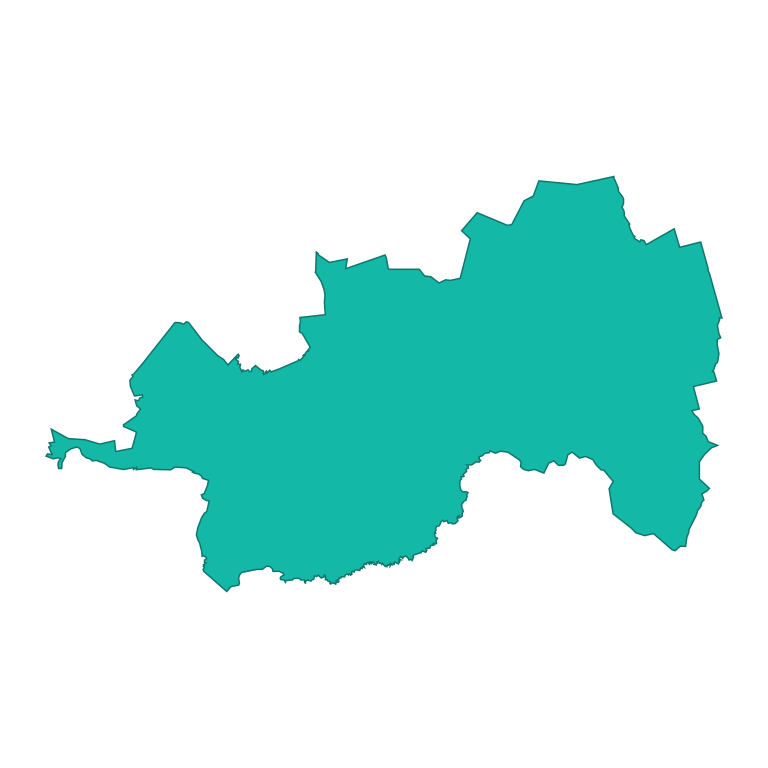 the district of Gudenieku pag., Kuldigas, Latvia
{"feature_id": "27541924B44633167106619", "entity_name": "Gudenieku pag.", "entity_type": "district", "adm_level": 2, "iso_a3": "LVA", "parent_name": "Latvia", "parent_adm1": "Kuldigas", "projection": "albers", "projection_center": [21.583, 56.889], "detail": "fine", "context": "isolated", "style": "filled", "palette": "teal", "viewbox_px": 768, "rotation_deg": 0, "n_neighbors": 0, "source": "geoboundaries", "source_scale": "gbopen_adm2", "svg_char_len": 6103}
<svg xmlns="http://www.w3.org/2000/svg" viewBox="0 0 768 768"><path d="M708.2,268.9L700.7,242.0L679.7,247.3L674.2,228.8L646.2,244.7L644.0,240.6L640.9,239.8L639.8,241.8L634.7,238.6L634.3,237.7L634.9,236.4L633.2,235.4L629.9,228.3L629.0,224.8L629.7,224.1L624.2,215.9L624.4,213.2L623.6,209.9L621.9,207.5L623.5,203.7L623.6,199.5L622.8,197.1L618.7,191.8L618.1,187.6L613.9,177.9L613.9,176.5L577.0,184.6L538.9,180.9L533.3,196.0L524.1,200.8L511.7,224.7L507.2,225.3L477.2,212.7L461.6,230.7L470.3,238.9L460.2,278.3L450.3,280.4L445.6,279.8L439.1,283.0L430.8,276.7L424.6,276.0L419.3,269.3L389.3,269.3L388.2,268.4L386.4,258.1L385.1,255.0L345.7,268.7L347.3,258.9L329.4,262.4L318.3,254.9L318.4,253.7L316.3,252.1L315.7,272.0L315.3,272.2L321.3,281.7L324.2,290.1L325.0,295.4L324.4,302.3L325.3,314.7L299.9,317.5L300.4,321.8L299.5,325.8L299.5,331.9L302.3,333.4L310.2,347.3L307.8,350.2L308.5,350.8L306.3,351.9L305.1,353.8L305.3,354.7L303.8,354.8L304.1,355.8L303.2,355.9L303.6,356.5L300.1,360.4L298.7,359.5L298.0,360.8L279.6,368.8L271.2,371.9L269.8,370.3L267.2,373.0L266.7,372.7L267.3,372.0L266.4,371.0L265.6,372.1L265.8,373.4L263.5,374.5L262.9,373.5L263.9,372.3L262.9,370.5L261.4,370.4L255.5,365.6L251.6,369.0L251.6,370.8L250.9,371.4L249.7,371.7L248.1,369.8L244.7,371.4L243.0,369.9L241.9,371.7L239.8,367.4L240.5,364.3L237.7,364.2L238.5,361.5L235.8,359.1L236.3,357.9L238.3,357.9L239.1,355.5L238.1,354.3L227.9,364.9L223.5,359.4L217.8,355.8L202.0,340.0L188.6,322.5L186.3,321.8L183.5,324.4L180.4,322.8L175.0,322.5L142.8,363.3L133.7,374.1L132.0,374.9L132.9,376.6L129.9,380.3L130.4,386.4L134.5,396.0L142.3,394.8L142.8,396.9L139.9,397.9L138.4,400.9L135.1,399.9L136.7,405.8L140.5,409.0L137.1,413.6L136.4,415.8L123.4,424.9L123.7,426.5L136.1,431.9L136.3,433.0L132.1,448.3L115.7,451.5L114.5,440.7L99.9,444.1L85.0,439.7L68.2,438.6L51.3,429.2L54.5,442.0L49.1,442.9L51.0,445.9L48.7,447.1L52.1,454.6L47.5,453.9L46.1,456.1L53.3,458.8L57.6,457.8L60.9,458.6L58.6,461.5L57.9,464.1L58.6,468.5L61.7,468.5L62.1,462.6L65.5,456.2L65.5,452.6L71.2,448.7L77.0,447.0L80.0,448.6L82.0,454.3L86.3,457.8L90.2,458.9L92.4,460.9L96.3,460.4L104.4,463.3L109.6,467.0L123.7,469.5L133.3,467.6L133.5,469.4L136.7,467.4L136.3,469.7L151.3,467.9L153.5,469.4L170.6,469.8L175.2,467.0L186.4,467.9L193.7,471.6L192.6,472.1L194.6,473.2L198.6,474.0L201.3,475.9L202.5,478.4L208.5,480.3L207.5,485.4L204.2,493.6L201.3,494.8L202.6,498.2L206.3,500.5L209.2,500.8L206.8,511.5L204.3,513.3L201.4,518.2L197.6,528.4L196.4,534.9L197.7,539.3L199.6,542.9L201.7,551.4L202.1,556.2L203.6,555.8L206.1,557.3L206.6,558.7L204.5,560.1L204.5,562.4L206.0,562.9L203.5,564.8L204.3,565.6L203.4,566.3L204.4,567.2L203.1,569.5L203.8,571.4L226.8,591.5L230.7,586.7L238.7,585.1L239.4,583.5L238.6,577.8L239.8,574.6L241.8,572.4L256.9,569.4L262.3,569.4L266.5,566.2L269.7,566.5L272.4,568.7L273.0,571.4L279.3,571.3L283.5,573.5L284.0,574.8L280.8,576.9L280.2,578.6L280.8,579.6L284.2,580.0L285.4,582.2L286.1,580.6L292.5,579.9L294.1,578.4L299.3,578.4L300.8,580.0L304.5,579.8L304.6,582.5L305.4,583.0L305.5,581.4L307.4,580.1L311.1,581.0L312.3,579.5L313.7,579.4L314.6,575.7L316.5,576.6L318.2,575.2L321.2,578.0L324.2,576.8L324.0,575.5L324.9,574.9L325.6,576.7L325.4,579.7L327.2,579.7L327.6,580.9L330.3,581.9L329.9,583.4L330.6,584.0L332.7,582.8L335.8,584.1L336.0,583.5L335.2,582.9L335.8,582.2L338.4,582.2L338.8,581.1L336.6,580.4L339.1,579.1L339.0,578.1L341.0,577.9L340.9,576.7L344.6,576.9L345.3,575.0L346.5,574.3L348.2,574.1L348.5,575.0L349.9,573.9L350.6,575.1L352.0,574.2L351.4,572.9L352.1,571.4L354.1,572.1L354.4,570.7L356.0,569.8L359.7,570.5L360.7,568.1L362.3,568.4L362.2,566.5L364.3,567.4L363.6,566.0L364.3,563.8L366.1,564.4L366.7,563.9L366.5,562.9L368.2,562.6L369.5,564.4L370.3,563.3L369.6,561.9L371.6,561.7L371.3,563.2L371.7,563.7L372.7,562.2L373.8,562.2L374.2,563.3L373.8,564.3L376.3,564.9L376.2,563.8L377.2,563.4L377.0,562.0L378.3,561.2L379.2,563.3L380.7,562.9L381.8,564.5L382.5,563.5L385.3,566.5L386.2,565.8L386.9,566.6L387.6,564.8L388.3,565.2L390.1,563.6L390.1,566.2L391.6,563.9L392.6,564.8L393.6,563.6L394.2,564.1L394.4,562.0L398.4,563.9L399.7,561.6L399.0,561.5L398.9,560.3L400.9,559.9L399.0,559.1L400.6,556.5L402.8,558.3L403.2,556.9L405.9,556.2L407.8,557.6L409.1,560.0L411.1,559.3L412.1,560.5L413.6,557.1L412.8,556.3L414.1,554.8L421.2,552.6L421.9,550.9L425.8,552.2L426.8,550.1L425.8,548.6L429.8,548.1L430.5,545.6L433.8,545.1L433.1,543.9L433.8,543.1L434.5,544.1L436.5,543.6L436.2,540.4L437.5,538.3L435.1,537.1L434.5,533.3L435.7,533.3L435.2,531.5L436.1,530.1L435.6,528.9L436.5,526.6L439.3,525.7L441.2,521.4L442.7,520.3L443.9,521.7L447.0,520.5L448.2,523.3L451.4,522.7L452.4,523.9L455.3,523.5L458.0,520.8L457.0,518.0L457.7,516.2L459.0,515.6L458.5,517.3L458.9,518.1L462.2,516.3L462.2,513.4L463.3,511.1L462.0,507.9L461.5,504.6L464.3,500.9L465.9,500.3L467.2,496.1L466.5,494.9L468.0,492.7L466.7,491.8L462.6,491.8L460.7,489.7L459.8,485.4L460.0,480.6L461.5,478.9L461.0,476.8L463.8,476.6L464.0,475.8L463.0,474.6L466.6,471.4L465.8,469.3L468.4,468.1L468.1,466.4L466.7,465.0L471.8,464.8L476.0,461.9L479.2,462.1L480.6,460.4L478.8,458.9L479.5,457.9L479.1,456.6L482.2,455.9L484.7,453.3L489.3,452.7L490.1,450.8L495.5,453.2L500.5,451.2L508.0,452.2L519.8,460.2L521.1,462.7L520.5,466.7L523.7,469.4L528.4,470.7L534.5,469.4L543.9,473.1L548.7,463.2L553.8,460.9L558.5,465.3L563.5,465.3L565.4,464.0L567.8,454.9L572.1,452.1L579.5,458.1L585.6,456.5L592.8,459.5L596.1,464.8L601.0,469.8L603.9,470.3L613.2,481.5L609.1,488.6L613.1,513.8L631.4,528.2L635.9,532.8L644.7,535.6L653.5,533.6L672.2,549.8L675.1,550.7L680.3,546.2L685.6,546.4L686.9,537.0L688.6,533.0L689.1,529.3L695.9,516.1L697.8,510.3L701.0,506.1L701.0,504.6L702.2,501.6L703.9,500.0L701.9,493.9L706.9,491.0L709.4,488.4L699.4,479.1L699.4,461.7L704.4,454.6L711.5,447.8L717.6,445.4L708.1,441.6L706.2,436.5L702.7,433.2L702.8,426.4L702.0,424.7L698.2,418.1L694.3,414.7L691.8,410.7L699.3,409.0L693.4,386.5L716.6,381.0L713.8,371.8L712.4,371.4L713.7,369.8L715.5,364.1L717.4,362.5L718.1,359.3L718.9,353.7L717.2,344.8L717.3,339.5L720.7,337.7L718.9,333.7L717.4,325.5L719.6,319.9L719.4,317.9L721.9,318.0L709.8,274.6L707.9,269.7L708.2,268.9Z" fill="#14b8a6" stroke="#0f766e" stroke-width="1.5"/></svg>